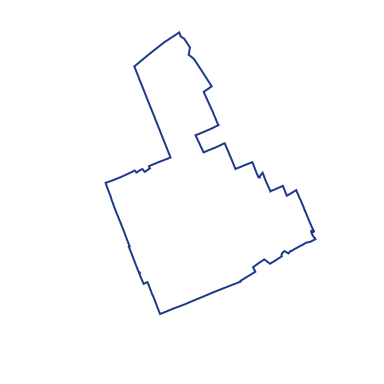 LEU, Dolj, Romania (Albers equal-area conic projection), rotated 220°
{"feature_id": "2599482B68643233810442", "entity_name": "LEU", "entity_type": "district", "adm_level": 2, "iso_a3": "ROU", "parent_name": "Romania", "parent_adm1": "Dolj", "projection": "albers", "projection_center": [24.031, 44.193], "detail": "fine", "context": "isolated", "style": "outline", "palette": "blue", "viewbox_px": 384, "rotation_deg": 220, "n_neighbors": 0, "source": "geoboundaries", "source_scale": "gbopen_adm2", "svg_char_len": 5791}
<svg xmlns="http://www.w3.org/2000/svg" viewBox="0 0 384 384"><g transform="rotate(220 192 192)"><path d="M304.4,306.0L304.6,305.4L305.1,303.4L305.6,301.8L307.2,296.5L308.5,292.1L309.1,290.2L309.3,289.8L312.2,276.0L313.7,268.7L315.8,257.1L316.0,256.1L316.8,251.6L316.9,251.1L315.1,250.2L312.8,248.9L309.4,247.1L303.8,244.0L293.5,238.5L287.4,235.2L285.4,234.1L280.4,231.4L276.5,229.4L274.2,228.1L272.4,227.2L271.5,226.7L269.8,225.8L267.9,224.8L267.1,224.3L266.0,223.7L261.5,221.3L259.9,220.4L258.8,219.8L257.9,219.4L255.9,218.3L254.3,217.4L253.4,216.9L252.5,216.4L249.1,214.6L245.6,212.7L243.4,211.5L239.1,209.2L236.7,207.9L235.5,207.2L234.3,206.6L233.5,206.2L232.2,205.5L231.4,205.0L230.6,204.6L232.1,201.9L233.5,199.3L234.1,198.2L235.5,195.7L236.1,194.6L237.2,192.7L237.8,191.5L238.3,190.4L238.7,189.8L239.1,189.0L239.9,187.4L240.4,186.4L240.7,185.8L241.2,185.0L241.3,184.6L241.4,184.3L241.5,184.0L241.0,183.7L239.4,183.0L239.6,182.5L240.0,181.3L240.3,180.1L240.9,177.7L241.1,177.1L241.3,177.0L241.5,177.0L242.2,177.2L243.7,177.5L244.8,177.7L245.0,177.1L245.2,176.6L245.6,176.0L245.8,175.3L246.2,173.9L246.4,173.1L246.6,172.7L246.7,172.2L247.1,171.2L247.3,171.3L247.6,171.4L247.9,171.5L248.1,171.6L248.3,171.6L248.5,171.6L248.9,171.6L249.1,171.6L249.6,171.5L249.8,171.5L250.9,168.7L256.2,157.5L259.4,151.5L262.2,146.6L264.1,143.5L260.2,141.1L256.6,139.1L252.9,137.2L247.7,133.8L247.0,133.5L246.1,133.0L245.2,132.4L244.5,132.0L243.0,131.2L242.5,130.9L242.2,130.6L241.4,130.1L240.1,129.5L239.0,128.9L235.8,127.2L234.3,126.3L233.1,125.8L229.1,123.6L227.4,122.8L226.6,122.3L225.1,121.5L224.4,121.1L223.8,120.8L222.9,120.3L222.0,119.8L219.2,118.3L214.6,115.7L211.5,113.9L207.7,111.8L205.4,110.6L204.8,110.3L205.3,109.5L201.2,107.3L196.3,104.6L194.4,103.5L182.3,96.9L182.2,96.9L181.8,96.8L181.0,96.4L180.5,96.8L179.8,96.6L179.7,96.3L180.0,95.7L179.0,95.1L177.9,94.5L176.5,93.8L174.9,93.0L173.2,92.1L171.7,91.4L171.0,91.0L170.1,90.5L169.0,92.8L168.2,94.3L166.5,93.4L165.0,92.7L163.4,91.8L162.0,90.9L161.0,90.4L159.8,89.8L157.8,88.6L157.0,88.1L155.9,87.7L155.0,87.3L153.5,86.5L152.4,85.9L150.8,85.1L149.9,84.6L148.8,83.9L147.9,83.4L145.4,82.0L143.0,80.7L142.0,80.1L138.0,78.0L134.7,84.2L131.5,90.4L126.0,100.1L124.8,102.3L122.7,106.6L120.7,110.4L119.0,113.7L115.2,121.0L111.4,128.5L107.2,136.3L97.1,154.7L97.7,155.2L92.2,171.6L94.1,172.4L96.9,173.6L94.8,181.9L93.3,186.8L86.1,187.2L85.9,187.9L85.8,188.2L85.5,189.3L85.2,189.8L85.0,190.5L84.2,192.9L83.9,193.5L83.7,194.5L83.4,195.1L83.4,195.6L83.2,196.4L82.6,198.1L82.2,199.2L81.9,200.4L82.0,200.5L82.4,200.7L82.8,201.0L83.1,201.4L83.1,202.0L83.2,202.5L83.7,203.0L83.3,206.1L83.0,206.1L81.6,206.4L78.6,207.0L78.5,208.1L78.8,209.2L78.7,209.7L78.6,210.1L78.4,210.3L78.1,210.4L77.7,211.3L77.4,212.1L77.0,213.5L76.5,214.9L75.9,216.4L75.0,218.6L74.5,220.0L73.8,221.6L73.5,222.4L73.2,223.0L72.4,225.4L72.1,226.2L71.9,226.6L69.3,230.0L68.1,232.8L67.1,235.2L68.0,235.7L68.3,235.7L68.7,235.7L69.0,235.6L69.3,235.6L69.7,235.7L70.0,235.8L70.6,236.0L71.5,236.3L72.1,236.5L72.6,236.7L73.0,236.9L73.6,237.3L74.1,237.5L75.0,238.1L75.5,238.7L75.6,238.8L75.4,239.4L75.3,239.6L75.0,239.3L74.6,238.9L74.4,238.7L73.8,238.8L73.5,238.6L73.4,239.1L73.2,240.3L73.3,240.4L73.8,240.4L74.1,240.5L74.5,240.5L75.1,241.1L77.0,241.9L78.3,242.5L79.7,243.2L84.1,245.4L85.4,246.1L87.1,247.0L91.1,249.1L92.6,249.9L93.2,250.1L93.5,250.2L93.9,250.4L93.9,250.5L94.1,250.5L94.4,250.6L94.5,250.8L94.8,250.9L95.4,251.3L96.5,251.9L97.5,252.5L98.9,253.2L99.6,253.6L100.1,253.9L100.7,254.1L101.3,254.3L101.7,254.6L102.5,255.1L103.8,255.7L104.8,256.1L106.5,256.9L108.6,258.1L109.6,258.5L111.0,259.2L112.4,259.9L113.4,260.4L114.0,258.5L115.2,254.9L116.5,251.3L116.9,250.1L117.4,250.3L118.8,251.0L122.0,252.8L126.3,255.1L126.8,254.1L128.1,251.5L129.1,249.5L129.3,249.0L129.5,248.6L130.0,247.6L130.5,246.5L130.7,246.2L131.5,244.8L132.1,243.6L132.2,243.4L132.3,242.9L133.4,243.6L133.7,243.7L134.5,244.0L134.9,244.3L135.7,244.6L136.2,244.8L136.5,245.0L137.0,245.2L137.5,245.4L137.8,245.6L138.0,245.7L138.9,246.1L139.2,246.3L139.5,246.4L139.9,246.6L140.3,246.8L140.8,247.0L141.5,247.3L142.6,247.9L142.8,248.0L143.0,248.1L143.7,248.4L143.9,248.6L144.4,248.9L145.0,249.2L145.3,249.4L145.6,249.5L145.8,249.6L146.2,249.9L146.4,250.0L146.7,250.2L147.0,250.3L147.4,250.5L147.7,250.7L148.2,251.0L148.8,251.3L149.1,251.4L149.4,251.7L150.0,251.9L150.3,252.1L150.3,251.2L150.3,250.4L150.2,248.7L150.1,248.2L150.1,247.9L149.9,247.5L149.7,247.1L149.4,246.7L149.6,246.5L149.8,246.4L150.0,246.3L150.2,246.1L150.3,246.1L150.5,246.0L150.8,246.1L151.0,246.2L151.2,246.3L151.4,246.3L151.6,246.4L151.8,246.5L152.0,246.7L152.3,246.8L152.5,247.0L152.8,247.2L152.9,247.3L153.3,247.4L153.5,247.4L155.0,248.2L157.9,249.8L160.6,251.3L165.0,253.6L166.1,251.5L167.2,249.5L168.4,247.3L169.4,245.4L171.1,242.1L172.5,239.6L173.2,238.4L173.5,237.5L180.7,241.4L193.0,247.7L196.6,249.5L198.3,250.3L198.8,249.4L199.3,248.5L199.8,247.4L199.8,247.1L200.7,245.2L202.4,241.6L206.2,234.5L207.6,231.7L208.2,230.5L208.6,229.8L210.8,230.8L215.8,233.1L220.1,235.1L221.5,235.8L225.8,237.7L225.3,238.6L223.4,242.2L219.8,249.2L218.6,251.6L216.9,255.2L215.5,258.5L215.1,259.3L214.7,260.2L214.8,260.2L216.8,261.1L221.0,263.3L224.6,265.1L226.0,265.9L227.7,266.8L233.6,269.6L237.6,271.5L239.4,272.4L241.2,273.2L242.3,273.8L243.5,274.3L244.7,274.9L246.5,275.8L247.4,276.3L247.0,277.7L246.6,279.3L246.0,281.2L245.8,281.8L245.4,283.6L244.8,285.6L245.8,285.9L250.3,287.3L251.6,287.7L253.2,288.2L255.7,289.0L262.5,291.1L270.5,293.5L275.3,294.9L276.4,295.2L282.5,295.0L282.8,295.0L283.7,296.7L285.2,299.2L286.1,300.7L286.4,301.4L289.1,302.2L292.2,303.1L293.4,303.5L296.6,304.4L298.4,304.1L300.0,304.0L300.4,303.9L300.7,303.9L300.9,304.0L301.5,304.5L302.2,304.9L303.0,305.2L303.7,305.6L304.4,306.0Z" fill="none" stroke="#1e3a8a" stroke-width="2"/></g></svg>